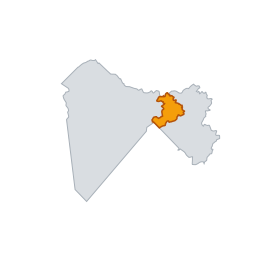 Ségou highlighted on a map of Mali, rotated 226°
{"feature_id": "MLI-2810", "entity_name": "Ségou", "entity_type": "Region", "adm_level": 1, "iso_a3": "MLI", "parent_name": "Mali", "parent_adm1": "", "projection": "robinson", "projection_center": [-5.293, 14.054], "detail": "fine", "context": "in_parent", "style": "filled", "palette": "amber", "viewbox_px": 256, "rotation_deg": 226, "n_neighbors": 0, "source": "natural_earth", "source_scale": "10m", "svg_char_len": 6102}
<svg xmlns="http://www.w3.org/2000/svg" viewBox="0 0 256 256"><g transform="rotate(226 128 128)"><path d="M57.9,184.2L57.9,183.4L57.3,182.8L57.3,182.5L57.7,180.2L57.6,179.6L57.9,178.4L57.5,177.8L57.4,177.4L56.4,175.9L56.1,174.6L55.6,173.7L54.4,173.4L54.0,174.2L53.7,174.3L53.3,173.8L53.1,173.3L53.1,172.9L51.6,170.8L51.7,169.7L52.3,169.2L52.5,168.2L52.0,167.1L52.1,166.1L52.0,164.6L51.1,163.3L50.5,162.7L50.0,161.9L50.4,159.8L49.5,158.0L51.2,158.7L52.0,158.1L52.8,157.2L53.4,156.0L53.7,154.6L53.9,153.3L54.6,151.3L55.4,150.4L57.0,149.0L57.5,149.2L60.2,152.1L61.7,153.5L62.2,154.3L62.8,154.3L63.5,152.9L64.3,151.7L64.7,151.4L67.4,151.2L68.8,151.4L70.1,151.8L71.8,151.9L76.6,151.0L76.6,150.4L76.6,149.7L76.8,149.2L77.2,148.7L77.5,148.6L77.6,150.2L78.0,150.5L79.1,150.6L114.0,150.6L115.4,142.0L112.9,138.9L103.9,47.2L120.5,47.2L123.3,49.3L176.7,89.6L177.0,90.9L177.0,92.7L177.4,93.2L178.1,93.8L181.2,95.5L181.4,95.8L181.5,96.6L181.9,97.4L182.6,97.9L183.3,98.3L184.2,98.6L187.0,98.9L187.6,99.3L188.8,100.9L189.4,101.2L193.1,102.0L194.3,102.5L195.6,103.2L196.3,103.8L196.3,106.3L196.9,108.0L196.9,108.4L196.3,109.0L196.1,109.5L195.5,110.8L195.6,111.3L196.9,112.3L197.6,112.6L198.3,112.6L206.1,110.9L206.5,134.2L206.2,134.6L206.0,138.7L205.5,141.2L204.5,143.0L203.9,145.7L203.5,146.2L203.2,147.7L202.7,148.6L201.7,149.0L199.9,150.7L199.7,152.1L195.5,151.3L195.2,151.3L195.0,151.5L195.0,152.3L184.1,152.7L178.8,153.0L175.5,156.2L173.3,156.5L170.6,156.2L169.2,156.2L168.6,156.4L168.5,156.9L164.2,155.3L162.6,155.8L162.3,155.7L162.1,155.3L161.3,155.1L160.1,155.2L159.2,155.4L156.5,157.9L155.0,158.6L152.2,160.0L150.3,161.3L149.6,161.6L148.6,161.6L147.7,161.9L146.9,164.7L146.4,165.0L143.1,163.9L142.4,164.0L141.8,164.4L140.0,166.0L139.1,167.4L138.6,169.2L138.7,170.3L138.4,170.7L137.5,170.8L136.0,170.4L135.5,170.6L135.3,171.4L135.4,173.4L135.0,174.7L134.1,175.1L133.4,175.6L132.9,175.7L132.4,175.6L129.8,173.7L128.9,173.4L127.9,173.6L127.0,174.4L125.3,176.4L125.4,177.2L125.9,178.0L126.2,179.0L126.2,180.0L123.8,181.3L124.4,182.3L124.3,184.9L123.2,186.1L122.8,186.9L121.7,187.8L120.8,188.3L117.8,189.0L116.7,189.8L116.1,190.5L116.0,191.2L116.1,192.1L116.7,193.8L116.5,195.4L116.0,197.3L115.5,198.1L114.2,199.0L114.4,200.2L114.5,202.0L114.3,204.2L113.9,205.7L113.5,205.6L112.2,205.7L110.8,206.1L110.3,206.5L110.2,207.0L109.0,208.3L108.2,208.2L107.4,207.9L107.0,207.5L107.0,207.3L107.5,206.4L107.5,206.0L107.0,204.3L107.1,203.9L106.9,202.6L105.2,203.1L105.2,203.3L105.4,204.2L105.2,204.3L104.7,204.3L103.9,204.0L103.0,203.2L102.8,203.5L102.7,204.1L102.7,204.8L102.9,206.1L102.7,206.6L101.3,206.5L100.2,206.7L99.9,207.1L99.8,207.6L100.1,208.2L100.0,208.5L99.6,208.8L99.3,208.8L98.7,208.2L96.3,207.6L96.0,206.7L95.8,206.7L95.0,205.6L94.6,205.6L94.4,205.8L93.4,205.7L92.6,206.7L91.9,207.8L91.3,208.4L90.3,208.6L90.4,207.9L90.1,206.9L88.0,205.6L87.6,205.1L87.1,202.2L87.1,201.4L87.3,200.6L87.2,200.0L87.0,199.6L86.3,199.2L85.6,199.0L84.8,199.5L84.4,199.6L84.0,199.6L83.8,199.4L83.8,199.1L84.8,197.6L85.2,196.9L86.1,196.2L86.4,195.8L86.4,195.5L86.3,195.3L85.7,195.0L84.8,194.3L84.3,194.2L83.8,193.9L83.4,192.8L83.2,192.6L82.8,192.4L82.4,192.2L82.4,189.5L81.5,187.4L80.7,184.8L80.3,184.2L79.5,183.7L78.6,183.4L77.8,183.3L76.9,183.6L76.9,183.8L77.4,184.6L77.5,185.1L77.4,185.5L77.3,185.8L76.0,186.1L74.4,187.1L73.8,188.2L73.5,188.3L72.8,188.2L68.5,186.3L66.7,187.1L65.5,188.7L65.2,189.3L64.6,189.7L64.3,189.7L64.0,189.4L62.8,187.0L62.2,186.4L61.5,186.4L60.9,186.8L60.3,187.6L59.6,188.3L59.1,188.6L58.7,188.4L56.9,186.8L56.8,186.5L57.6,184.5L57.9,184.2Z" fill="#d9dde1" stroke="#a8b0b8" stroke-width="1"/><path d="M128.7,172.4L128.4,172.5L128.5,172.5L128.5,172.8L128.3,172.9L128.2,173.0L127.9,173.3L127.6,173.4L127.4,173.6L127.3,173.8L127.1,174.2L127.0,174.5L126.8,174.7L126.7,174.8L126.5,174.7L126.4,174.8L126.1,175.0L125.9,175.4L126.0,175.5L126.2,175.8L125.4,175.8L125.2,176.3L125.0,176.6L125.4,177.0L125.6,177.6L125.8,177.8L126.0,178.0L126.2,178.3L126.3,178.6L126.3,179.2L126.4,179.7L126.4,179.8L126.2,180.5L125.9,180.8L125.6,180.9L125.4,180.8L125.2,180.6L124.9,180.6L124.6,180.6L124.2,180.7L124.0,180.8L123.8,180.8L123.8,180.7L123.0,180.8L122.8,181.0L122.6,181.0L122.4,180.4L121.8,180.6L121.2,181.4L121.0,181.8L120.6,182.0L119.4,182.1L118.2,182.4L117.9,182.1L118.0,181.4L117.6,180.9L117.5,180.5L116.5,180.0L116.3,180.0L116.0,180.2L115.3,181.2L115.0,181.9L114.7,182.0L114.1,181.4L114.1,180.8L113.8,180.6L113.5,179.8L113.3,179.7L111.8,180.7L110.3,181.5L109.9,181.5L109.6,181.3L109.3,181.7L107.3,182.0L106.8,182.6L106.3,182.3L105.9,182.2L105.7,181.5L105.6,181.0L105.3,181.0L104.8,181.2L104.7,181.1L104.4,180.3L103.8,180.0L103.4,179.8L102.7,179.9L101.6,180.1L101.2,180.3L100.9,180.3L100.8,180.0L100.9,179.4L100.9,178.7L100.7,178.5L100.2,178.5L99.6,178.3L99.1,177.7L99.1,177.2L99.5,176.8L99.6,176.1L99.6,175.8L99.9,175.1L100.1,174.5L100.5,174.0L101.1,173.8L101.9,173.7L102.2,173.6L102.5,172.8L102.4,172.6L102.0,172.3L101.9,172.0L101.9,170.9L101.3,170.2L100.7,169.6L100.6,168.9L100.7,166.9L102.2,164.0L102.5,163.3L103.3,162.3L103.5,161.7L103.8,161.6L105.0,162.0L105.2,161.8L105.5,161.4L105.7,161.0L105.7,160.3L105.5,159.7L105.2,158.3L104.7,157.6L104.1,156.6L104.3,156.0L105.2,154.7L105.5,154.1L106.1,151.9L106.3,150.6L107.2,150.6L108.5,150.6L109.2,150.6L109.9,150.6L110.6,150.6L111.2,150.6L112.4,150.6L113.9,150.6L114.0,150.6L114.0,150.4L115.5,149.9L115.6,150.5L116.6,150.6L116.9,150.7L117.1,150.8L117.4,152.1L117.9,153.8L117.6,154.4L116.9,155.7L116.3,156.3L115.5,156.2L114.1,156.7L113.7,156.7L113.4,157.7L113.1,158.5L113.1,159.0L113.2,159.4L113.0,159.7L112.9,160.4L112.5,160.8L112.5,161.1L114.0,162.1L115.6,163.2L116.2,163.6L117.1,165.0L116.8,166.5L116.9,167.0L117.7,167.3L118.4,167.4L119.8,167.2L120.2,167.2L120.4,167.6L120.2,168.2L120.0,168.4L120.0,168.8L120.2,169.3L120.0,170.2L120.0,170.8L120.2,171.3L120.8,170.9L121.0,170.9L121.4,170.9L121.9,170.8L122.0,170.9L122.2,171.1L122.6,171.5L123.5,170.9L124.2,170.7L124.7,170.7L124.9,170.2L125.7,168.6L126.8,167.7L127.3,167.5L127.6,167.6L128.0,168.6L128.3,170.1L128.8,171.2L128.8,172.2L128.8,172.3L128.7,172.4Z" fill="#f59e0b" stroke="#b45309" stroke-width="1.5"/></g></svg>